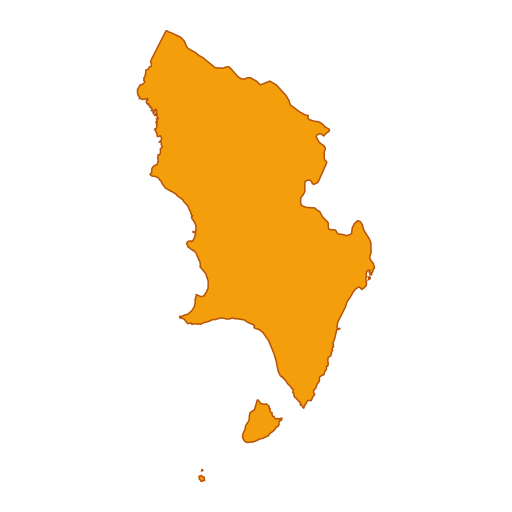 Pedernales, Pedernales, Dominican Republic
{"feature_id": "3306468B80072272336201", "entity_name": "Pedernales", "entity_type": "district", "adm_level": 2, "iso_a3": "DOM", "parent_name": "Dominican Republic", "parent_adm1": "Pedernales", "projection": "natural_earth1", "projection_center": [-71.521, 17.882], "detail": "fine", "context": "isolated", "style": "filled", "palette": "amber", "viewbox_px": 512, "rotation_deg": 0, "n_neighbors": 0, "source": "geoboundaries", "source_scale": "gbopen_adm2", "svg_char_len": 6083}
<svg xmlns="http://www.w3.org/2000/svg" viewBox="0 0 512 512"><path d="M323.7,136.0L326.2,133.2L328.9,131.5L329.4,130.4L329.1,129.2L325.4,127.1L321.9,123.6L318.8,121.8L313.6,121.1L309.1,119.5L307.8,117.7L308.2,115.6L305.0,114.8L299.4,111.7L290.7,105.1L290.0,104.0L289.2,100.9L286.1,95.6L276.2,84.8L269.7,81.1L260.7,84.8L259.7,84.3L256.7,81.3L250.6,77.8L247.7,77.7L244.1,79.1L241.5,78.9L237.9,76.7L230.3,68.0L228.6,66.8L226.6,66.8L223.1,68.2L215.3,67.8L202.9,57.7L198.5,55.2L195.8,52.8L188.3,48.6L186.6,46.5L184.3,41.1L180.9,37.4L170.9,32.6L168.4,31.9L166.9,30.7L165.9,31.0L151.2,59.8L150.6,61.6L150.6,62.4L151.5,63.2L151.2,66.4L149.3,66.9L148.4,69.0L145.9,70.1L145.5,74.1L144.6,77.1L143.7,78.2L144.1,79.6L143.7,80.3L144.6,81.1L144.6,82.2L142.8,84.3L140.3,84.8L137.5,89.4L137.5,93.5L138.1,93.9L138.1,95.6L139.4,96.5L139.4,98.6L140.3,98.2L142.1,99.4L143.3,99.4L147.7,98.6L147.7,100.1L146.3,100.7L146.3,102.2L147.2,103.7L148.5,103.7L148.1,104.7L149.9,105.8L149.9,107.3L150.3,107.7L151.2,107.3L151.6,107.7L152.1,109.2L151.6,109.8L151.2,111.3L151.6,110.3L152.9,110.3L153.4,111.3L152.9,112.0L153.4,113.5L155.0,110.9L155.0,109.8L155.6,109.2L156.5,109.8L156.9,113.9L155.6,113.5L155.6,114.3L155.0,114.3L154.7,115.4L156.9,115.4L157.2,117.5L158.1,117.9L158.1,119.0L156.5,119.0L157.2,122.0L156.0,122.0L156.0,122.6L156.5,122.6L157.2,124.1L156.5,124.5L156.9,125.6L156.5,127.7L156.0,128.8L155.1,128.8L154.7,129.6L155.1,129.6L156.9,133.9L157.3,136.4L159.1,136.4L160.4,135.8L161.6,138.3L161.6,139.4L159.4,142.0L160.9,142.0L161.3,142.4L161.3,144.9L162.2,146.6L162.2,147.5L160.4,148.6L160.4,153.2L159.5,154.7L158.2,154.7L157.8,157.3L158.2,160.9L157.3,163.9L156.6,165.0L155.6,165.0L153.8,166.0L152.2,167.9L151.7,169.7L151.7,172.6L150.5,173.7L150.1,174.7L152.1,176.1L154.9,176.3L157.7,177.5L159.4,179.1L159.8,180.2L160.7,180.5L162.1,183.6L165.2,187.8L167.9,189.6L169.4,190.1L170.7,191.3L171.6,191.3L174.6,193.4L175.3,193.4L176.9,195.4L183.1,200.1L183.7,201.5L188.0,206.2L189.3,209.6L190.8,212.0L190.7,213.1L191.2,213.7L191.6,215.9L192.4,215.8L192.1,216.5L191.5,216.9L191.7,217.8L192.6,219.7L193.9,221.0L194.0,221.9L194.8,222.3L194.9,223.5L195.8,224.9L196.1,230.5L195.7,230.7L195.5,231.9L195.6,234.5L194.9,235.3L194.7,237.2L193.1,240.3L191.8,241.6L191.3,241.6L190.9,240.9L188.1,241.3L186.6,243.2L186.6,243.8L187.5,245.0L187.8,246.8L189.0,247.3L190.7,249.1L192.6,249.9L193.1,250.6L193.8,250.5L196.0,252.9L197.6,257.0L198.2,257.3L198.7,259.9L199.2,259.9L200.1,262.6L200.4,265.5L200.0,266.7L205.8,273.7L208.2,281.2L208.1,288.3L207.1,290.0L206.8,291.5L204.7,294.4L204.6,295.6L201.0,296.7L196.3,294.6L195.6,298.4L195.1,299.1L195.2,302.6L194.2,306.9L191.8,310.7L187.7,314.3L184.2,315.1L181.6,316.5L179.7,316.5L179.7,317.7L184.1,319.0L187.6,323.6L191.1,323.1L192.1,324.5L193.4,323.8L201.1,324.2L203.4,322.8L209.4,321.2L212.5,319.6L215.4,319.6L219.8,318.1L223.3,318.1L226.4,319.0L229.4,319.0L231.9,318.1L233.6,318.1L235.7,318.9L237.4,318.6L240.1,319.5L241.2,319.2L242.5,319.8L244.2,319.8L246.8,321.8L251.2,323.9L252.1,323.9L254.6,325.9L254.0,327.4L254.3,328.0L258.9,329.5L262.8,332.3L268.7,340.8L274.1,354.0L276.2,361.2L278.1,370.9L280.3,375.8L281.5,376.7L282.0,376.5L282.6,377.7L283.4,377.7L284.4,379.6L285.6,380.3L287.4,383.5L291.0,386.9L291.4,388.4L293.2,389.3L292.8,392.5L293.6,393.1L294.5,397.2L295.5,397.5L298.9,401.5L300.2,402.1L300.1,403.1L300.8,403.9L300.4,405.1L301.5,405.3L303.4,408.1L303.8,408.0L304.7,405.3L306.3,403.3L306.4,402.4L307.9,400.5L311.3,400.5L312.6,397.2L313.9,395.8L314.3,394.3L314.6,394.2L313.5,392.2L313.7,390.4L315.9,388.1L317.1,384.1L319.4,381.1L319.5,377.1L321.9,375.3L323.8,374.8L325.0,371.2L326.5,369.4L326.4,366.5L327.7,366.2L327.9,364.7L328.4,364.2L327.8,361.3L328.1,357.5L330.8,355.8L331.9,351.1L332.6,350.5L332.2,349.1L332.6,347.6L333.5,346.6L333.1,345.8L333.5,344.9L333.1,343.8L333.3,341.9L334.4,339.7L336.7,330.1L337.1,329.4L338.1,329.5L339.8,328.8L339.4,328.3L337.6,328.9L337.2,328.3L337.1,326.0L337.8,322.1L345.3,307.3L347.0,302.0L351.8,294.7L352.5,292.9L355.4,289.2L358.5,287.1L359.5,287.0L361.8,289.5L362.6,288.5L363.5,288.5L366.3,285.4L366.5,282.7L365.8,280.6L365.8,278.3L366.5,277.2L366.2,273.7L367.0,271.1L369.6,270.1L369.8,271.3L369.2,272.1L370.1,273.1L369.8,274.2L370.2,274.9L371.4,274.8L371.8,274.5L371.6,273.0L372.7,271.9L372.9,270.1L374.5,267.8L373.4,263.6L370.6,260.0L369.8,258.3L369.9,256.5L371.1,252.5L370.8,242.3L369.3,238.9L364.5,231.2L363.1,228.1L362.4,224.9L360.7,222.0L358.6,220.8L357.4,220.8L354.4,223.6L352.2,228.0L351.6,233.2L350.9,234.2L346.6,235.7L343.0,234.5L338.5,234.0L337.2,233.0L335.8,230.5L334.7,229.8L330.2,229.6L328.8,229.0L328.4,228.1L328.3,223.6L327.9,222.2L322.4,216.7L319.6,211.4L317.2,210.3L314.7,207.9L306.7,207.5L302.3,205.9L301.0,204.5L300.6,201.6L300.9,197.4L303.3,194.7L304.8,191.5L304.9,181.5L308.0,180.1L310.0,180.2L311.2,181.2L312.5,183.7L313.9,184.4L317.4,182.7L318.4,181.5L326.6,163.1L326.6,161.7L324.6,159.6L324.2,157.9L324.2,152.4L325.3,148.8L325.1,147.4L323.8,145.7L320.7,143.6L318.5,141.3L316.1,136.5L316.7,135.1L319.7,133.7L321.6,134.2L323.7,136.0ZM258.0,399.9L257.2,400.2L254.6,409.5L253.9,410.4L253.2,410.4L250.0,412.7L249.9,414.5L249.4,415.1L249.1,420.3L245.6,425.8L245.1,429.4L243.4,432.6L242.6,435.4L242.6,437.8L244.5,441.1L246.5,442.4L248.6,442.5L249.7,441.9L252.1,442.2L252.6,441.7L254.5,441.6L256.1,440.5L257.4,440.5L258.9,439.2L262.6,438.4L268.5,435.7L269.9,433.4L272.5,431.7L274.6,429.7L276.2,427.5L278.5,425.9L279.0,424.4L279.0,422.1L280.2,420.5L281.2,420.5L281.9,418.9L281.9,418.3L280.6,418.3L279.7,419.1L279.0,419.1L278.6,418.5L275.4,418.9L273.9,416.5L273.0,416.4L272.3,415.4L271.9,412.6L270.9,412.4L270.1,410.9L270.1,408.8L269.4,408.8L269.1,406.2L266.3,403.9L263.9,404.3L260.7,403.4L258.0,399.9ZM201.6,475.5L198.9,476.4L199.4,479.2L200.4,480.1L200.7,481.1L202.4,481.3L203.3,480.4L204.6,480.4L204.2,477.3L202.1,476.4L201.6,475.5ZM369.3,276.8L368.3,277.1L368.9,278.4L368.3,279.7L370.3,278.6L370.3,277.4L369.3,276.8ZM194.9,231.6L193.0,231.6L193.1,232.4L194.6,232.5L195.1,232.1L194.9,231.6ZM202.4,469.6L201.9,469.6L201.6,470.9L202.8,470.6L202.4,469.6Z" fill="#f59e0b" stroke="#b45309" stroke-width="1.5"/></svg>